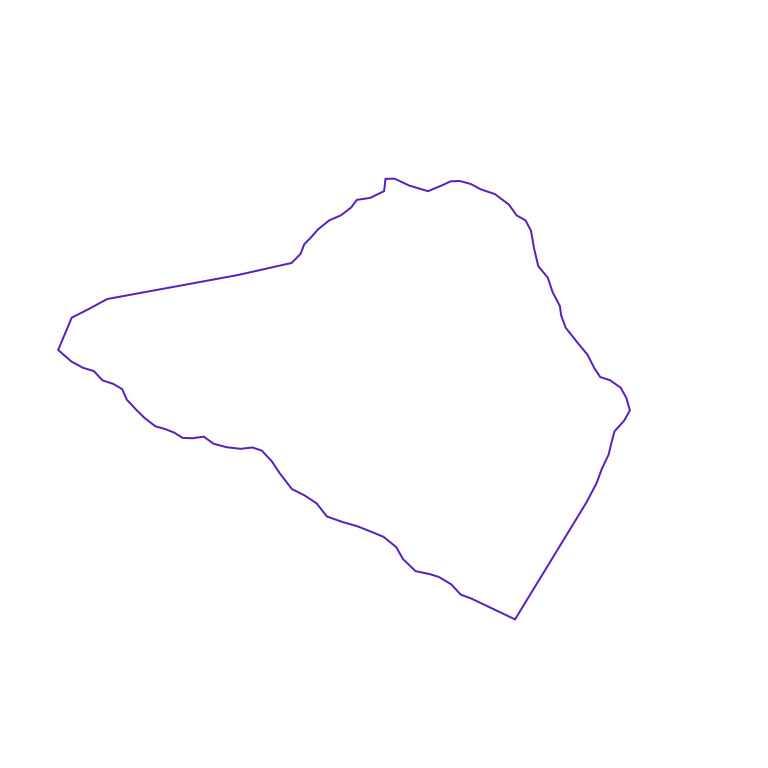 outline of Ouriçangas, Bahia, Brazil, rotated 137°
{"feature_id": "56859067B43695486502690", "entity_name": "Ouriçangas", "entity_type": "district", "adm_level": 2, "iso_a3": "BRA", "parent_name": "Brazil", "parent_adm1": "Bahia", "projection": "natural_earth1", "projection_center": [-38.654, -12.01], "detail": "fine", "context": "isolated", "style": "outline", "palette": "violet", "viewbox_px": 768, "rotation_deg": 137, "n_neighbors": 0, "source": "geoboundaries", "source_scale": "gbopen_adm2", "svg_char_len": 1270}
<svg xmlns="http://www.w3.org/2000/svg" viewBox="0 0 768 768"><g transform="rotate(137 384 384)"><path d="M296.4,166.4L282.5,173.4L267.6,179.3L258.9,185.2L247.7,192.2L233.4,193.4L222.2,197.0L216.3,208.4L213.4,220.0L216.1,232.5L221.1,241.6L219.3,252.5L215.2,266.5L214.3,281.7L212.8,301.1L207.8,313.1L202.2,321.1L198.0,336.3L191.7,350.0L190.8,365.0L181.9,380.6L172.0,395.8L168.9,407.2L172.0,416.9L170.3,430.0L173.4,447.3L180.5,460.4L184.1,471.1L190.2,480.9L197.1,486.8L206.0,489.7L220.3,495.0L230.2,511.9L236.2,526.9L243.0,533.0L252.4,525.0L267.3,529.6L278.3,537.2L287.7,535.5L300.6,536.8L312.3,541.0L327.1,542.1L337.4,541.0L347.0,540.6L356.2,536.1L368.9,535.5L416.6,563.4L528.4,634.9L548.8,640.2L567.1,645.5L599.1,631.1L597.3,613.6L593.1,601.1L587.4,591.4L587.4,578.6L581.9,568.6L579.0,558.9L582.8,548.0L582.8,534.5L582.3,522.6L580.1,509.1L574.9,500.5L570.7,491.8L568.0,481.9L561.0,474.9L551.7,468.4L549.4,456.6L542.3,445.2L533.1,434.4L523.5,427.3L518.8,418.6L518.8,404.0L521.2,389.5L523.0,369.9L518.3,357.4L514.7,342.8L516.1,326.0L508.5,311.4L500.6,298.3L495.5,287.6L488.6,272.6L486.3,256.3L489.5,243.2L488.6,225.7L480.3,213.9L475.6,205.7L471.5,191.8L471.5,177.6L466.4,167.3L448.7,122.5L316.8,159.3L296.4,166.4Z" fill="none" stroke="#5b21b6" stroke-width="2"/></g></svg>